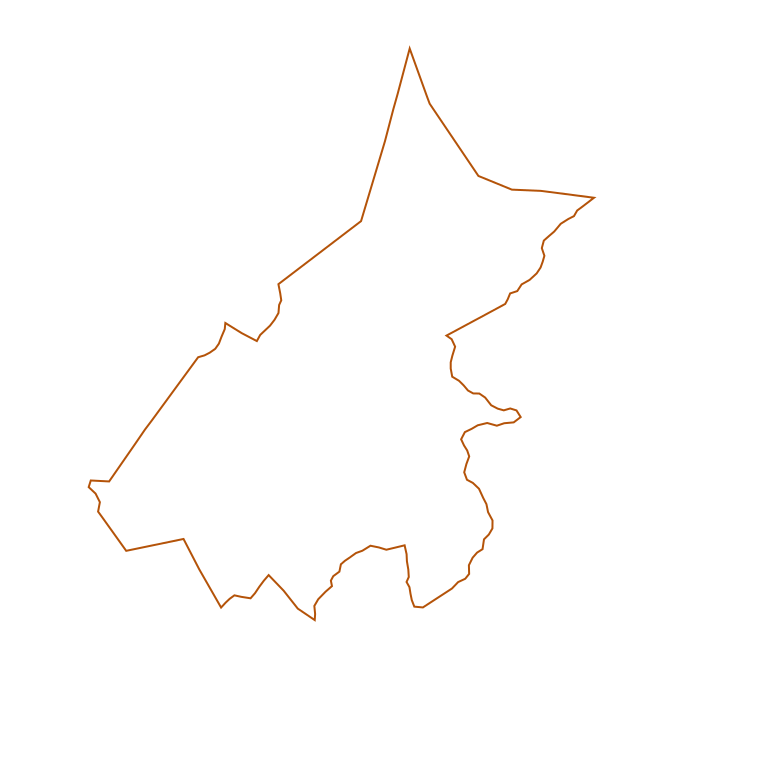 Moraújo, Ceará, Brazil (Robinson projection), rotated 126°
{"feature_id": "56859067B38471619751725", "entity_name": "Moraújo", "entity_type": "district", "adm_level": 2, "iso_a3": "BRA", "parent_name": "Brazil", "parent_adm1": "Ceará", "projection": "robinson", "projection_center": [-40.674, -3.448], "detail": "fine", "context": "isolated", "style": "outline", "palette": "amber", "viewbox_px": 768, "rotation_deg": 126, "n_neighbors": 0, "source": "geoboundaries", "source_scale": "gbopen_adm2", "svg_char_len": 2025}
<svg xmlns="http://www.w3.org/2000/svg" viewBox="0 0 768 768"><g transform="rotate(126 384 384)"><path d="M657.3,534.1L670.5,494.5L663.9,488.5L627.2,455.1L642.6,424.4L660.6,384.4L653.9,383.6L648.5,382.6L642.9,380.8L640.1,374.4L635.8,366.0L629.1,365.4L621.1,365.7L613.8,365.6L606.4,365.0L610.2,343.7L616.4,321.7L615.7,301.3L610.6,304.5L604.5,309.9L596.8,310.7L586.4,309.2L578.1,307.3L574.3,311.4L569.3,312.1L562.0,309.8L555.2,312.9L550.0,311.7L545.0,309.9L537.2,307.3L531.6,303.5L522.8,299.9L519.2,292.0L516.7,284.7L509.7,278.7L502.4,272.5L508.4,265.7L513.9,261.3L519.8,255.3L525.6,250.5L530.9,249.4L533.4,244.0L538.1,239.3L542.5,234.5L546.3,228.6L541.9,221.2L509.5,208.8L500.7,207.6L493.8,203.8L487.6,203.5L480.7,208.8L472.4,210.2L465.7,209.6L459.7,207.2L450.9,211.8L444.2,210.7L437.1,211.4L430.6,216.0L426.5,224.5L421.0,230.5L417.9,236.7L412.9,245.6L411.8,254.0L412.7,260.6L408.3,267.2L400.3,270.3L392.5,272.5L388.9,277.6L386.7,283.1L383.4,289.1L375.4,290.3L368.7,286.7L362.3,283.9L354.9,277.6L351.4,268.2L345.1,263.7L338.8,256.5L330.4,254.0L327.5,261.3L329.6,267.5L334.9,271.6L337.1,277.5L338.2,284.8L335.5,294.2L335.7,301.3L339.2,306.3L339.9,312.3L338.3,318.7L337.3,325.2L338.0,333.1L332.3,339.1L327.2,342.8L321.0,345.3L312.0,348.4L308.0,355.6L308.1,361.9L262.0,339.7L248.0,333.0L242.7,333.7L236.6,335.2L230.5,330.8L222.5,331.2L214.2,327.4L204.8,325.5L197.7,325.8L191.8,327.5L186.0,329.6L181.3,336.2L174.0,339.0L166.9,337.4L160.6,335.9L150.5,335.2L142.0,331.8L136.5,329.0L130.1,329.7L123.1,327.5L109.9,323.6L135.6,370.7L151.6,394.8L160.2,429.9L130.4,511.8L126.7,517.4L97.5,560.4L141.5,543.4L156.4,537.9L187.1,525.9L265.7,498.3L365.3,528.1L371.7,521.2L376.7,516.3L381.7,515.3L388.6,511.1L396.4,510.3L403.8,510.5L417.1,513.0L424.0,512.1L426.5,529.1L427.9,548.2L433.2,545.1L441.4,543.2L448.4,541.3L454.7,541.2L461.1,543.4L466.3,546.0L471.6,550.1L550.0,550.4L561.3,550.6L579.3,550.1L624.4,549.1L634.4,564.5L641.0,562.3L642.2,552.9L646.6,544.4L655.3,540.3L657.3,534.1Z" fill="none" stroke="#b45309" stroke-width="2"/></g></svg>